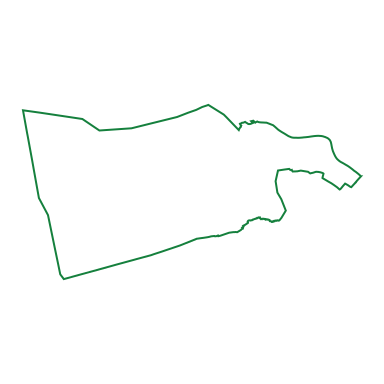 the district of Venray, Limburg, Netherlands
{"feature_id": "6326949B92597341568086", "entity_name": "Venray", "entity_type": "district", "adm_level": 2, "iso_a3": "NLD", "parent_name": "Netherlands", "parent_adm1": "Limburg", "projection": "robinson", "projection_center": [6.037, 51.508], "detail": "fine", "context": "isolated", "style": "outline", "palette": "green", "viewbox_px": 384, "rotation_deg": 0, "n_neighbors": 0, "source": "geoboundaries", "source_scale": "gbopen_adm2", "svg_char_len": 4943}
<svg xmlns="http://www.w3.org/2000/svg" viewBox="0 0 384 384"><path d="M63.8,279.1L108.9,266.7L110.7,266.2L116.4,264.6L123.4,262.7L134.4,259.7L136.5,259.1L151.0,255.2L153.8,254.2L161.5,251.7L167.4,249.7L179.9,245.5L196.9,238.7L197.2,238.7L200.6,238.2L203.7,237.8L207.6,237.2L209.1,236.9L210.6,236.5L210.9,236.4L211.5,236.3L214.3,236.0L214.5,236.2L215.1,236.2L215.6,236.3L216.2,236.2L216.8,236.0L218.0,235.5L218.3,236.2L219.6,235.9L220.4,235.7L228.6,232.9L229.2,232.7L232.1,232.3L233.6,232.1L234.8,232.1L235.5,232.0L237.2,232.2L240.9,230.0L241.3,229.5L241.6,229.2L242.1,228.8L242.8,228.7L243.1,227.7L242.4,227.4L243.9,225.9L243.5,225.6L243.9,225.4L245.5,224.6L245.7,224.4L246.4,224.0L246.5,223.9L247.9,223.0L248.0,222.4L247.9,222.2L247.6,221.9L247.7,221.5L247.8,221.3L247.9,221.2L248.1,220.9L248.3,220.7L248.5,220.6L249.0,220.4L249.3,220.4L249.5,220.4L249.9,220.3L250.0,220.3L250.3,220.5L250.5,220.4L250.9,220.4L251.6,220.2L251.9,220.3L252.1,220.2L252.3,220.0L252.3,219.9L252.7,219.6L253.1,219.7L253.3,219.6L253.5,219.5L253.7,219.4L253.9,219.2L254.3,219.1L254.8,218.9L255.3,218.9L255.9,218.5L256.2,218.5L256.2,218.4L256.4,218.3L256.5,218.4L256.9,218.3L256.9,218.2L257.1,218.1L257.2,217.9L257.3,217.9L257.5,217.9L257.9,217.9L258.1,217.8L258.5,217.4L259.2,217.4L259.3,217.4L259.4,217.5L259.5,217.7L259.8,217.6L259.8,217.8L260.1,218.0L260.1,218.3L260.4,218.4L260.5,218.5L260.7,218.9L260.8,219.0L260.9,218.9L261.0,218.9L261.1,219.0L261.3,218.9L261.5,218.9L261.5,219.0L262.0,219.2L262.3,218.9L262.8,218.7L263.2,218.7L263.4,218.8L263.5,218.9L264.1,218.9L264.2,219.0L264.4,219.2L264.5,219.2L264.8,219.0L265.0,219.1L265.5,219.0L265.8,219.2L265.8,219.3L265.8,219.5L265.7,219.6L265.8,219.7L266.0,219.6L266.3,219.4L266.4,219.5L266.5,219.5L266.8,219.3L267.5,219.4L267.7,219.6L267.9,219.5L268.0,219.5L268.3,219.7L268.5,219.6L268.8,219.7L269.6,220.1L269.6,220.3L269.6,220.7L269.7,220.8L269.8,221.1L270.1,221.2L270.2,221.3L270.3,221.3L270.8,221.2L271.1,221.3L271.4,221.5L271.8,221.6L271.8,221.8L271.9,222.0L272.0,222.0L272.4,221.7L272.4,221.8L272.5,221.9L272.8,221.8L273.0,221.8L273.2,221.6L273.4,221.5L273.5,221.5L273.6,221.4L273.8,221.2L274.0,221.3L274.2,221.2L274.3,221.2L274.4,221.3L274.5,221.3L274.7,220.9L274.8,220.7L275.2,220.6L275.7,220.5L276.1,220.5L276.3,220.5L276.5,220.7L276.5,220.8L276.8,220.8L277.0,220.7L277.3,220.3L277.5,220.3L278.2,220.4L278.6,220.7L279.0,220.7L279.3,220.6L279.5,220.6L279.8,220.9L279.5,220.2L281.4,217.9L285.8,210.6L281.3,199.2L277.4,192.6L275.6,181.2L278.0,170.5L284.7,169.5L289.2,168.9L289.5,169.2L289.9,169.6L290.1,169.8L290.6,169.9L291.1,170.2L291.3,170.1L291.8,169.9L292.0,170.5L292.3,170.8L292.4,171.1L292.7,171.5L295.3,171.4L297.3,171.3L300.8,170.6L308.1,171.8L309.5,172.9L309.9,173.2L310.2,173.4L311.4,173.1L313.2,172.7L314.7,172.2L315.6,171.9L316.2,171.8L318.2,171.9L319.3,172.1L320.4,172.3L322.6,173.0L323.0,173.2L323.2,173.4L323.4,173.6L323.5,173.7L322.6,177.2L322.5,177.6L322.5,178.1L325.9,180.1L328.4,181.6L331.4,183.3L333.9,185.0L337.0,187.2L339.6,189.5L340.3,189.2L341.2,188.2L342.9,186.1L343.7,185.2L345.1,183.6L345.3,183.7L347.8,185.1L351.0,187.3L350.8,187.7L354.0,184.2L354.7,183.5L354.8,183.4L354.7,183.4L357.8,179.8L361.0,176.3L360.9,176.3L359.7,175.1L358.2,173.8L355.7,171.8L354.3,170.9L352.4,169.3L349.9,167.4L348.2,166.2L342.4,162.8L341.2,162.2L339.9,161.4L339.4,161.0L339.1,160.8L338.4,160.2L337.1,159.0L336.1,157.7L335.2,156.2L334.9,155.6L334.0,153.7L333.5,152.5L332.9,151.1L332.3,149.0L332.1,148.3L331.5,145.2L331.3,144.1L330.9,142.4L330.6,141.5L330.5,141.4L330.0,140.4L329.6,139.8L329.5,139.7L328.8,139.1L328.4,138.7L328.0,138.4L327.4,138.0L326.2,137.5L325.4,137.1L324.4,136.8L322.9,136.3L321.2,136.0L318.2,135.8L316.4,135.9L315.2,136.0L314.1,136.1L311.1,136.5L308.6,136.9L305.9,137.2L303.4,137.4L302.8,137.5L301.7,137.6L299.0,137.8L298.7,137.8L298.3,137.8L293.6,137.7L292.7,137.6L292.1,137.5L291.3,137.3L289.9,136.7L289.1,136.4L288.1,135.9L284.6,133.7L281.5,131.9L280.6,131.3L279.5,130.6L278.1,129.6L275.0,126.8L273.2,125.3L272.8,125.1L270.7,124.3L269.2,123.7L266.6,122.7L260.7,122.4L259.7,122.3L259.2,122.2L258.6,122.1L258.0,121.9L257.8,121.8L257.6,121.7L257.2,121.5L255.7,122.3L255.3,122.6L254.4,121.7L253.3,120.7L251.2,121.2L251.4,121.4L252.0,122.0L253.0,122.9L250.8,123.8L250.6,123.9L249.2,124.1L248.3,124.0L248.1,123.9L247.9,123.7L246.8,123.0L246.1,122.6L245.3,122.1L245.1,121.9L244.6,122.1L243.6,122.6L241.9,122.8L241.4,123.3L240.0,123.7L239.9,123.8L240.6,124.9L240.7,125.3L240.9,125.6L241.1,125.7L240.9,126.0L240.7,126.3L240.7,126.5L240.9,126.7L240.9,126.8L240.5,127.2L240.4,127.3L239.5,128.4L238.8,130.1L226.5,117.3L223.8,114.6L208.3,104.9L207.1,105.4L202.2,107.0L196.2,109.9L188.2,112.7L177.1,117.0L150.4,123.6L131.5,128.3L99.4,130.5L82.4,119.0L47.6,113.8L39.5,112.6L23.0,110.3L27.2,133.6L27.7,136.1L32.1,160.1L33.3,166.8L33.5,168.0L38.9,198.0L48.0,215.1L54.9,248.5L57.8,262.4L60.2,274.1L60.3,274.4L60.6,274.8L63.0,278.0L63.8,279.1Z" fill="none" stroke="#15803d" stroke-width="2"/></svg>